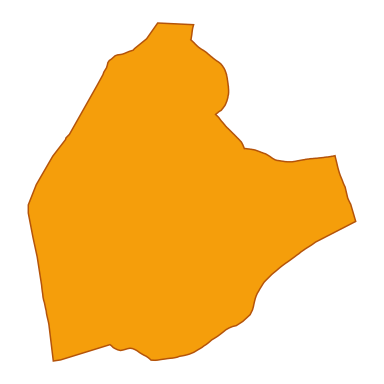 outline of Rahabah, Ma'rib, Yemen
{"feature_id": "15242507B53834737304279", "entity_name": "Rahabah", "entity_type": "district", "adm_level": 2, "iso_a3": "YEM", "parent_name": "Yemen", "parent_adm1": "Ma'rib", "projection": "robinson", "projection_center": [45.139, 14.958], "detail": "fine", "context": "isolated", "style": "filled", "palette": "amber", "viewbox_px": 384, "rotation_deg": 0, "n_neighbors": 0, "source": "geoboundaries", "source_scale": "gbopen_adm2", "svg_char_len": 5962}
<svg xmlns="http://www.w3.org/2000/svg" viewBox="0 0 384 384"><path d="M151.0,360.1L152.8,360.2L155.1,360.3L157.6,360.1L159.9,359.7L162.5,359.3L164.9,359.0L167.4,358.6L169.9,358.3L172.5,358.1L174.8,357.7L177.2,357.2L179.5,356.3L182.0,355.9L184.6,355.4L187.0,354.8L189.4,354.1L191.6,353.2L193.8,352.3L195.8,351.1L197.9,349.8L200.0,348.6L202.0,347.4L203.9,345.9L206.0,344.6L208.0,343.1L209.9,341.5L211.7,339.9L213.7,338.7L215.8,337.4L217.8,336.1L219.8,334.6L221.9,333.0L223.8,331.5L225.7,329.9L225.8,329.8L229.2,327.9L232.6,326.5L236.3,325.6L242.8,321.4L250.1,314.7L252.5,309.8L253.4,306.6L253.9,304.1L254.6,301.1L255.3,298.4L256.2,295.8L257.3,293.3L258.7,291.0L259.9,288.8L261.3,286.6L262.7,284.3L264.1,282.2L265.8,280.4L267.7,278.5L269.5,276.7L271.8,274.4L273.8,272.7L275.8,271.1L280.0,267.5L281.9,266.0L283.9,264.5L285.8,263.1L286.9,262.4L290.0,260.2L294.5,256.9L296.7,255.2L299.0,253.6L301.0,251.9L303.0,250.5L305.0,249.1L307.2,247.7L309.3,246.4L311.5,245.0L313.5,243.6L315.5,242.1L355.7,221.4L350.7,204.3L349.8,202.6L348.5,199.9L347.7,198.0L345.1,187.0L344.2,185.2L343.2,182.9L342.3,180.4L341.3,178.0L340.3,175.6L339.4,173.0L338.6,170.3L337.9,167.8L337.3,165.3L336.6,162.3L335.4,157.5L335.0,155.7L334.4,155.9L334.0,155.9L333.5,156.0L333.1,156.2L332.7,156.2L332.0,156.3L331.6,156.3L331.2,156.5L330.9,156.5L330.1,156.6L329.6,156.7L328.8,156.8L328.0,157.0L327.1,157.0L326.2,157.1L325.3,157.2L324.5,157.3L323.6,157.5L322.8,157.6L322.0,157.6L321.2,157.8L320.3,157.8L318.8,158.0L318.3,158.0L317.5,158.2L316.9,158.2L316.4,158.3L315.2,158.3L314.4,158.4L313.7,158.4L313.0,158.6L311.8,158.6L311.1,158.7L310.3,158.7L309.7,158.8L308.9,159.0L308.5,159.0L308.1,159.1L307.5,159.1L306.9,159.2L306.5,159.3L305.8,159.3L305.1,159.5L304.3,159.7L303.3,159.8L302.2,160.0L301.1,160.2L299.5,160.5L298.4,160.7L297.2,160.9L295.9,161.2L294.9,161.4L293.9,161.5L292.8,161.7L292.1,161.8L291.1,161.8L287.3,161.8L286.5,161.7L286.0,161.7L285.1,161.6L284.3,161.5L283.4,161.3L282.4,161.2L281.6,161.1L280.0,160.8L278.6,160.6L278.0,160.5L277.6,160.5L277.2,160.4L276.8,160.4L276.5,160.2L276.0,160.1L275.3,159.9L274.2,159.3L273.7,159.0L272.9,158.6L272.5,158.3L271.9,157.9L271.2,157.4L270.0,156.5L269.6,156.3L268.9,155.8L268.6,155.6L267.7,155.1L266.9,154.6L266.2,154.2L265.9,154.0L265.4,153.8L264.9,153.6L264.5,153.5L264.1,153.4L263.7,153.3L263.0,153.0L262.7,152.8L262.3,152.7L261.7,152.5L261.3,152.4L260.6,152.1L260.0,151.8L259.4,151.6L258.7,151.3L258.0,151.1L257.3,150.8L255.8,150.3L255.1,150.0L254.4,149.9L253.7,149.7L252.2,149.5L251.3,149.3L250.9,149.3L250.1,149.2L249.3,149.0L248.8,149.0L248.1,148.9L247.6,148.9L247.2,148.8L246.5,148.7L246.2,148.6L245.7,148.6L245.1,148.5L244.6,148.5L244.4,148.6L244.3,148.3L244.0,147.8L243.8,147.2L243.6,146.6L243.3,146.0L243.0,145.3L242.8,144.7L242.5,144.2L242.2,143.7L242.1,143.3L241.8,142.9L241.6,142.5L241.3,142.0L241.0,141.6L240.3,140.9L240.0,140.6L239.7,140.2L238.7,139.2L238.4,138.8L237.6,138.1L236.8,137.3L236.1,136.5L235.5,136.0L234.7,135.1L234.3,134.7L233.8,134.2L233.1,133.6L232.5,132.9L231.9,132.4L231.3,131.7L230.9,131.3L230.4,130.9L230.1,130.5L229.7,130.2L229.5,129.9L228.8,129.3L228.2,128.6L227.0,127.6L226.5,127.0L226.1,126.6L225.6,126.1L225.2,125.6L224.9,125.1L224.5,124.7L224.1,124.2L223.7,123.7L223.2,123.1L222.7,122.5L222.3,122.1L221.9,121.6L221.3,121.0L220.9,120.4L220.4,119.8L220.0,119.2L219.5,118.6L219.3,118.2L218.7,117.5L218.0,116.7L217.5,116.3L217.3,116.0L216.9,115.7L216.6,115.4L216.3,115.1L216.0,114.8L215.6,114.5L215.7,114.4L216.0,114.0L216.8,113.4L217.8,112.7L218.0,112.4L218.6,111.9L219.0,111.6L219.8,111.1L220.8,110.6L221.3,110.2L221.6,109.9L221.8,109.5L222.2,109.1L222.4,108.8L222.7,108.5L223.0,108.1L223.5,107.4L223.8,107.0L224.1,106.6L224.4,106.2L225.0,105.4L225.2,104.9L225.5,104.3L225.7,103.9L225.9,103.4L226.2,102.6L226.5,101.9L226.8,101.2L227.0,100.5L227.2,99.8L227.4,99.1L227.7,98.1L227.9,97.2L228.0,96.2L228.2,95.3L228.4,94.7L228.5,93.8L228.5,93.4L228.6,92.8L228.6,89.8L228.5,89.1L228.5,88.6L228.4,87.3L228.4,86.7L228.2,85.6L228.1,84.7L228.0,84.1L228.0,83.5L227.8,82.5L227.7,81.6L227.5,80.2L227.3,79.1L227.3,78.5L227.0,77.3L226.9,76.6L226.7,75.9L226.6,75.3L226.6,74.8L226.3,74.0L226.2,73.6L226.0,73.2L225.9,72.7L225.8,72.2L225.4,71.5L225.2,70.7L224.9,70.0L224.6,69.4L224.3,68.9L224.1,68.4L223.8,67.9L223.5,67.5L223.2,67.1L222.9,66.6L222.5,65.9L222.0,65.4L221.6,64.8L221.3,64.4L220.9,64.0L220.5,63.6L220.0,63.2L219.6,62.9L219.2,62.5L218.8,62.3L218.5,62.0L217.9,61.6L217.6,61.4L216.9,61.0L216.5,60.7L215.9,60.3L215.5,60.0L215.1,59.7L214.7,59.4L214.2,59.0L212.9,58.0L212.4,57.5L212.0,57.2L211.7,57.0L211.1,56.6L210.9,56.3L210.3,55.9L209.6,55.2L209.4,55.0L208.8,54.6L208.2,54.1L208.0,53.9L207.5,53.4L207.1,53.1L206.8,52.8L206.3,52.4L205.9,52.1L205.4,51.7L204.9,51.4L204.0,50.8L203.7,50.5L203.1,50.2L201.9,49.5L201.5,49.3L200.7,48.7L200.3,48.4L199.6,48.0L199.4,47.8L198.7,47.3L198.3,47.0L197.9,46.6L197.4,46.1L197.0,45.9L196.8,45.6L196.5,45.3L196.2,45.0L195.8,44.6L195.4,44.3L195.0,43.8L194.6,43.4L194.3,43.0L193.7,42.5L193.4,42.2L192.8,41.6L192.2,41.1L191.9,40.7L191.4,40.3L190.8,39.8L191.0,39.6L191.4,37.1L191.8,34.6L192.1,31.9L192.5,29.1L193.1,26.4L193.2,26.2L193.6,24.7L157.7,23.0L146.6,38.8L134.4,48.7L133.3,50.1L131.9,50.6L129.3,51.4L126.9,52.4L124.6,53.4L122.3,54.2L120.0,54.6L117.5,54.9L115.1,55.8L113.3,57.4L111.4,59.1L109.3,60.5L107.9,62.6L107.3,65.2L106.5,67.8L105.2,69.9L103.8,72.2L103.0,74.6L97.2,85.2L69.4,134.4L67.7,136.1L65.9,138.0L65.6,139.5L52.8,156.1L36.3,184.6L28.3,204.9L28.3,213.1L33.0,237.5L37.2,256.9L41.6,285.2L41.9,288.2L42.3,291.4L42.7,294.0L43.0,297.0L43.6,300.0L44.4,302.6L45.0,305.5L45.5,308.0L46.2,310.9L46.5,313.5L47.1,316.4L47.8,319.3L48.5,322.4L48.9,324.5L53.3,361.0L60.6,359.9L109.8,344.7L110.1,344.7L111.6,345.9L113.3,347.6L115.5,348.8L117.7,349.8L120.5,350.5L123.0,350.0L125.2,349.4L127.5,348.7L130.1,348.2L132.6,348.6L135.0,349.6L137.2,350.8L139.6,352.6L141.7,353.9L143.8,355.1L146.1,356.2L148.3,357.7L150.3,359.4L151.0,360.1Z" fill="#f59e0b" stroke="#b45309" stroke-width="1.5"/></svg>